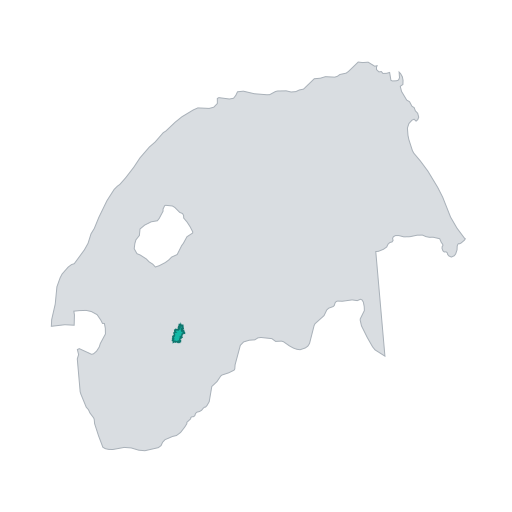 City of Johannesburg, Gauteng, South Africa shown in context, rotated 175°
{"feature_id": "47623444B15418766532839", "entity_name": "City of Johannesburg", "entity_type": "district", "adm_level": 2, "iso_a3": "ZAF", "parent_name": "South Africa", "parent_adm1": "Gauteng", "projection": "mercator", "projection_center": [27.967, -26.215], "detail": "fine", "context": "in_parent", "style": "filled", "palette": "teal", "viewbox_px": 512, "rotation_deg": 175, "n_neighbors": 0, "source": "geoboundaries", "source_scale": "gbopen_adm2", "svg_char_len": 6223}
<svg xmlns="http://www.w3.org/2000/svg" viewBox="0 0 512 512"><g transform="rotate(175 256 256)"><path d="M370.0,73.6L383.7,71.7L389.8,72.8L397.1,75.7L404.0,76.8L415.7,75.7L419.7,76.2L422.9,77.2L425.2,78.8L428.5,90.5L431.4,103.1L431.4,107.2L431.8,108.8L435.1,114.1L436.3,117.5L438.3,120.2L442.5,133.7L443.0,136.1L443.0,169.1L441.3,173.2L442.1,178.4L440.1,179.1L428.4,172.4L426.4,172.7L423.1,175.1L420.1,179.0L418.7,182.4L412.8,191.4L412.4,197.1L412.9,202.0L414.8,202.2L416.2,205.7L419.4,211.4L424.8,215.0L429.8,216.6L436.8,217.0L442.3,216.9L442.0,213.1L443.2,202.9L452.4,204.2L466.0,203.8L465.1,210.4L460.2,225.6L457.0,242.7L453.0,251.4L450.7,255.0L444.1,261.3L440.6,263.5L437.7,264.2L426.4,277.1L422.2,283.3L418.4,292.5L414.7,297.5L409.2,308.2L399.6,324.2L391.5,334.7L387.9,337.7L385.5,339.1L379.1,345.2L370.0,355.1L363.0,363.9L352.7,373.9L346.6,378.3L337.6,387.0L335.1,388.2L324.9,396.3L317.6,401.2L305.7,407.0L301.0,408.6L289.8,407.1L285.1,407.9L281.2,411.3L280.8,416.3L279.2,417.0L268.8,414.7L264.6,415.1L262.1,417.8L260.1,421.2L254.2,421.3L243.6,417.8L231.2,415.7L228.4,415.5L222.4,418.1L220.3,418.5L211.5,417.9L206.7,416.3L202.0,416.3L198.4,417.6L194.1,418.1L182.5,427.5L176.4,427.5L171.2,428.6L162.0,427.3L159.3,427.9L156.6,429.5L150.3,430.3L147.9,431.7L137.3,440.3L132.9,439.4L127.4,439.3L121.2,434.7L118.8,435.0L119.5,433.6L119.7,431.2L117.5,428.7L115.0,428.8L113.7,426.8L110.0,426.6L106.9,427.2L106.3,419.3L104.9,418.5L101.1,418.3L99.3,418.6L98.4,419.3L97.5,421.1L97.4,426.7L96.1,425.1L94.6,421.8L94.2,418.2L94.7,414.1L97.5,412.5L96.7,407.3L92.3,398.2L89.6,396.3L87.6,391.6L85.5,390.0L84.6,386.7L82.5,384.1L81.8,380.1L83.0,377.7L84.8,376.4L86.6,378.5L88.8,377.7L92.1,374.7L94.0,370.3L94.1,363.1L93.6,358.7L91.0,347.3L89.8,344.6L84.1,336.5L77.4,325.6L69.0,308.5L64.9,298.3L58.8,277.8L53.4,266.3L46.8,255.6L46.0,254.9L47.0,253.6L50.5,251.1L52.2,250.4L53.0,250.7L53.9,250.1L54.7,248.4L55.2,244.6L56.9,240.7L58.4,239.0L61.5,237.9L63.9,239.3L64.9,240.8L65.3,242.7L66.4,243.6L68.1,243.6L69.3,244.8L70.0,247.2L69.8,249.0L68.9,250.1L69.0,251.5L70.2,253.3L71.5,257.2L78.0,259.3L81.6,259.5L85.0,260.5L88.3,262.3L93.6,262.7L101.0,261.8L107.1,262.2L111.9,263.9L115.3,264.2L117.5,263.2L118.4,261.6L118.1,259.5L119.2,258.2L121.6,257.7L123.5,256.2L125.0,253.6L128.4,251.6L133.6,250.0L136.3,250.0L136.3,145.0L145.6,152.1L147.8,155.4L152.3,165.2L157.0,177.2L157.8,183.0L157.6,184.3L152.8,192.2L152.6,196.1L153.1,200.8L154.3,203.1L155.7,203.8L159.0,202.7L164.1,203.9L173.9,203.4L178.8,204.0L180.1,203.6L181.2,202.6L182.4,199.8L183.6,198.9L188.1,197.7L190.2,196.1L193.4,190.7L203.1,183.4L204.2,181.6L210.3,164.2L212.2,161.7L214.9,160.1L220.2,158.8L223.4,159.5L226.7,161.0L230.5,163.5L236.2,168.3L238.2,169.0L243.9,169.2L247.4,172.3L258.1,174.4L261.2,174.3L264.5,172.6L270.0,172.7L275.8,171.5L279.4,168.4L286.3,149.5L287.0,145.3L287.8,144.2L293.4,142.0L300.2,140.4L301.6,139.5L305.8,134.3L311.4,129.9L315.3,115.0L317.8,111.4L319.4,109.9L320.4,109.9L321.8,109.0L323.6,107.1L325.8,106.0L328.4,105.6L330.0,104.4L330.8,102.4L332.1,101.4L333.9,101.4L335.0,100.8L335.3,99.5L339.4,96.3L339.5,95.0L341.9,91.8L346.5,86.8L350.9,84.1L355.0,83.5L362.6,81.0L365.3,78.6L367.1,75.4L370.0,73.6ZM357.4,299.2L364.2,296.5L369.2,293.0L370.4,286.6L374.2,282.6L375.6,279.0L376.7,273.9L374.4,268.7L371.3,267.1L365.5,262.6L363.0,259.5L359.6,256.9L357.2,253.8L353.2,254.8L347.1,257.3L343.3,259.6L340.1,262.3L334.4,264.3L329.1,272.9L327.3,274.9L323.1,281.2L317.1,284.4L316.9,285.5L319.0,290.7L321.7,295.8L324.7,300.1L324.6,302.7L325.5,304.7L328.2,306.1L332.6,311.4L334.9,313.1L341.6,314.4L342.6,314.1L344.5,310.9L344.7,308.7L349.2,301.8L351.2,299.7L357.4,299.2Z" fill="#d9dde1" stroke="#a8b0b8" stroke-width="1"/><path d="M345.8,177.3L344.0,178.0L343.9,177.5L343.5,177.5L343.5,177.4L343.2,177.5L343.1,177.3L343.1,177.6L342.3,177.6L342.2,177.5L341.9,177.1L340.9,177.7L340.8,176.8L340.3,177.1L340.2,177.1L339.9,176.9L339.9,177.0L339.7,177.2L339.4,177.2L339.7,177.6L339.4,177.5L338.9,177.5L338.7,177.7L338.8,177.8L338.8,178.0L338.6,178.3L338.9,178.7L339.1,178.8L339.3,179.0L339.2,179.5L338.9,180.4L338.7,180.5L338.5,181.4L338.5,181.2L338.4,181.3L338.3,181.2L338.2,181.3L338.1,181.2L338.1,181.3L338.0,181.2L337.9,181.2L337.9,181.3L337.7,181.2L337.4,181.3L337.8,181.7L337.7,181.7L337.1,181.6L337.2,181.8L337.2,182.0L337.1,182.3L337.1,182.5L336.9,182.6L336.9,182.8L337.1,182.9L337.0,183.0L336.4,184.3L336.5,184.4L336.5,184.5L336.4,184.6L336.3,184.8L335.7,184.8L335.3,185.7L334.0,185.3L334.0,185.6L333.9,185.7L334.1,186.4L334.2,186.5L334.9,186.9L334.6,187.5L334.6,187.8L335.5,187.7L335.6,188.3L335.8,188.2L335.9,187.8L336.4,187.7L336.4,187.8L336.4,188.2L336.6,188.3L336.7,189.2L336.3,189.1L336.4,190.0L334.8,189.9L334.9,190.5L335.1,191.5L335.7,191.5L335.8,191.6L335.9,191.8L335.7,192.3L335.6,192.5L335.4,192.5L335.3,192.4L335.0,192.3L335.0,193.4L335.5,193.4L335.5,193.2L336.6,193.4L336.8,194.0L336.9,193.6L337.0,193.6L337.4,193.8L337.6,194.0L337.8,194.2L337.9,194.3L338.0,194.4L338.1,194.5L338.3,194.5L338.3,194.1L338.2,194.0L338.3,194.0L338.2,193.5L338.0,193.3L337.9,193.2L337.8,192.5L337.8,192.3L337.9,192.2L338.0,192.1L338.1,192.3L338.9,192.2L339.0,192.2L338.9,192.7L339.1,192.7L339.1,192.0L339.2,191.8L339.5,191.7L339.5,191.0L338.4,191.1L338.5,191.0L338.5,190.9L338.5,190.7L338.5,190.4L338.6,190.2L338.8,190.0L338.8,189.9L339.3,189.7L339.5,189.7L339.8,189.7L340.0,189.7L340.1,189.1L340.4,189.2L340.4,189.3L341.4,189.6L341.5,189.3L341.8,189.3L342.2,189.3L342.3,189.5L342.2,189.5L342.4,189.8L342.5,189.7L342.9,189.3L342.9,189.2L343.2,189.1L343.3,189.1L343.2,188.7L343.5,188.5L343.5,188.3L343.2,188.2L343.0,187.4L342.9,187.3L342.8,187.2L343.0,187.2L343.3,187.0L343.6,186.9L344.3,186.7L344.4,186.4L344.4,186.2L344.1,184.8L344.1,184.7L344.0,184.4L344.1,184.2L344.3,183.9L344.6,183.8L344.5,183.7L344.6,183.4L344.6,183.2L344.8,183.1L345.4,183.1L345.4,182.6L345.5,182.6L345.7,183.0L345.8,183.0L345.7,182.4L345.8,182.3L345.8,182.2L345.9,181.8L345.8,181.7L345.7,181.7L345.8,181.5L345.7,181.4L345.6,181.2L345.4,181.2L345.3,180.9L345.2,180.7L345.4,180.6L345.6,180.6L345.6,180.4L345.7,180.6L346.0,180.6L345.8,180.2L346.5,179.6L346.6,179.4L346.6,179.0L346.4,178.9L346.2,178.9L346.1,179.2L345.4,179.0L345.8,177.3Z" fill="#14b8a6" stroke="#0f766e" stroke-width="1.5"/></g></svg>